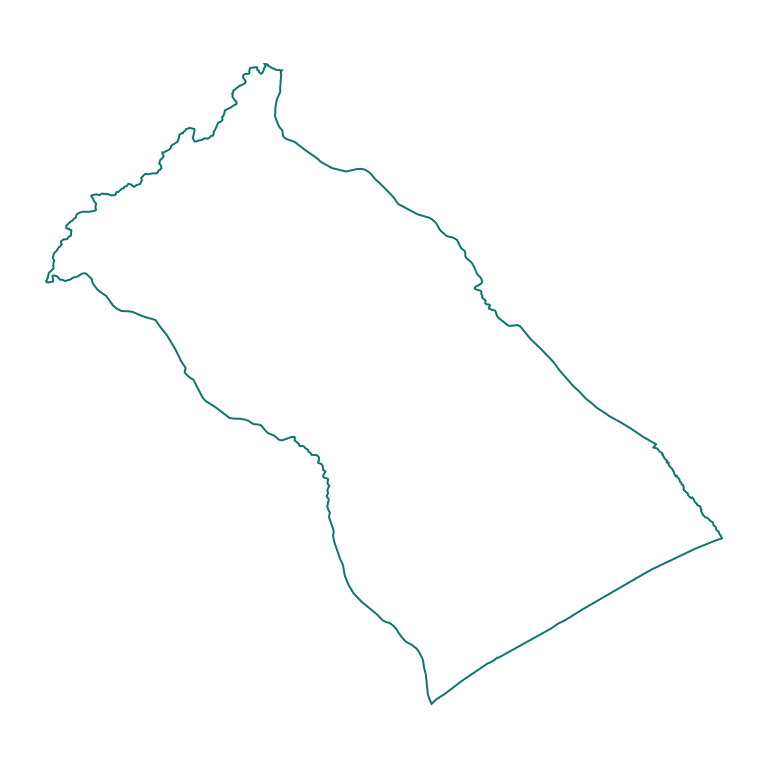 the district of Ashburton District, Canterbury, New Zealand
{"feature_id": "76426892B67490392619743", "entity_name": "Ashburton District", "entity_type": "district", "adm_level": 2, "iso_a3": "NZL", "parent_name": "New Zealand", "parent_adm1": "Canterbury", "projection": "orthographic", "projection_center": [171.372, -43.643], "detail": "fine", "context": "isolated", "style": "outline", "palette": "teal", "viewbox_px": 768, "rotation_deg": 0, "n_neighbors": 0, "source": "geoboundaries", "source_scale": "gbopen_adm2", "svg_char_len": 5998}
<svg xmlns="http://www.w3.org/2000/svg" viewBox="0 0 768 768"><path d="M53.7,261.9L53.3,265.1L53.5,267.7L53.2,268.9L48.6,273.1L48.5,275.3L47.8,276.7L47.8,277.8L46.7,280.4L46.1,281.0L46.7,282.0L47.9,282.5L53.0,281.5L53.3,280.4L52.5,276.0L53.2,275.4L56.2,275.9L58.0,277.2L60.1,279.7L61.6,279.6L65.2,281.0L70.7,279.4L73.0,277.7L77.7,276.4L82.1,273.6L84.7,273.3L86.1,273.7L91.6,278.8L92.9,283.6L97.1,289.1L99.5,291.4L106.5,296.2L113.0,305.5L116.8,308.7L121.5,311.0L129.7,311.4L132.5,311.9L142.8,316.3L155.3,319.9L161.3,328.3L167.0,335.3L175.3,349.3L180.1,358.7L180.4,360.0L185.4,367.7L185.6,368.8L184.6,371.7L185.0,372.8L187.3,375.5L191.1,378.5L193.3,379.5L202.7,397.8L206.1,401.3L215.3,407.1L229.5,417.9L233.6,418.6L240.9,418.8L245.3,419.7L248.3,420.8L253.5,424.1L259.2,424.6L261.1,425.4L265.4,430.6L268.0,433.1L274.0,435.5L279.0,439.7L281.9,440.4L291.6,437.0L294.4,436.9L294.9,437.7L294.6,440.1L295.6,441.3L298.8,443.7L299.1,445.3L299.7,446.0L303.1,446.1L304.7,447.2L305.3,448.3L307.7,449.6L308.5,451.5L310.4,452.8L311.6,454.9L316.5,455.1L318.2,456.3L318.8,457.2L319.1,459.3L319.1,460.1L318.1,461.8L318.3,462.8L321.5,464.1L322.7,466.1L323.2,470.0L325.5,471.5L323.3,475.2L323.1,476.1L323.6,477.4L327.7,478.7L328.2,479.4L327.4,483.1L327.8,484.0L329.3,485.5L327.4,490.1L328.1,493.3L327.3,494.5L326.8,496.7L328.6,498.9L328.5,501.5L327.9,502.4L327.9,504.2L327.2,506.0L328.3,509.8L329.8,512.6L329.1,516.3L329.2,517.9L333.5,529.9L333.7,532.3L333.0,535.4L334.2,541.7L340.0,558.6L343.0,565.1L344.8,575.7L348.6,585.0L353.5,593.2L361.3,601.5L377.1,614.5L382.8,620.5L386.5,622.2L389.5,622.9L393.3,625.7L396.7,629.4L398.0,631.9L401.7,637.1L405.8,641.7L411.4,644.6L416.6,648.6L418.6,651.3L422.3,658.3L423.3,661.9L424.1,667.8L425.8,674.5L427.8,693.8L428.8,697.5L431.6,703.9L437.0,698.7L439.0,697.9L439.5,697.2L444.6,694.1L461.3,681.3L487.7,663.4L489.0,663.1L494.1,660.2L497.3,657.6L498.2,657.7L500.3,656.7L550.9,628.6L558.5,623.4L565.2,620.2L582.5,609.4L642.4,574.7L652.0,569.3L695.2,548.7L715.0,540.7L721.9,538.4L720.6,535.4L719.3,533.9L719.1,532.3L716.4,529.9L716.0,528.0L715.2,526.6L713.4,525.0L713.1,522.9L712.7,522.2L710.7,521.2L707.8,518.2L704.7,516.9L704.1,515.9L702.8,515.0L702.6,513.6L701.9,512.9L701.0,510.9L701.5,509.7L700.8,508.9L700.3,506.5L697.3,505.0L697.0,504.1L694.9,502.0L693.2,498.5L692.2,497.4L691.3,498.1L689.8,497.1L688.0,495.1L687.7,493.3L685.8,492.1L685.2,490.9L684.3,490.7L683.6,489.0L683.9,487.7L683.2,486.6L683.3,485.3L681.8,484.5L681.1,482.5L680.0,481.7L679.4,479.3L677.6,477.3L676.8,475.8L675.9,476.5L675.6,476.2L674.2,473.6L673.9,472.1L671.9,468.6L668.8,465.3L668.6,463.3L668.3,463.6L666.6,462.1L667.4,461.1L664.5,458.5L663.8,456.6L662.5,455.1L662.3,454.7L662.8,454.3L662.2,453.0L659.7,451.7L657.2,448.5L653.4,447.5L656.1,444.3L642.9,436.7L631.0,428.6L621.1,422.6L609.0,416.0L605.9,413.6L596.8,407.8L590.7,402.3L586.4,399.2L579.6,391.9L573.2,386.0L559.5,370.3L553.5,362.1L540.5,348.5L530.8,339.3L520.2,326.3L517.8,325.1L510.3,325.9L507.9,325.4L498.7,318.0L497.1,316.0L495.3,310.9L493.8,310.1L491.6,309.9L490.1,308.8L488.9,308.6L488.8,307.7L490.1,305.4L489.2,304.6L486.7,304.3L485.2,303.4L485.5,300.6L482.2,297.6L482.0,297.1L482.5,296.0L481.2,294.0L481.5,292.4L481.1,291.2L480.3,290.6L475.4,289.2L474.7,288.6L474.8,287.7L475.5,286.8L479.8,284.5L481.6,283.1L482.2,281.8L481.7,279.8L480.3,277.2L478.2,275.3L476.7,273.2L474.1,266.9L471.6,262.5L466.1,257.8L465.3,256.1L465.3,252.6L464.6,251.0L460.9,247.8L457.0,239.9L453.3,237.7L446.7,236.0L440.9,231.0L439.4,229.1L436.3,223.2L431.7,219.1L428.9,217.6L417.7,214.4L398.4,204.1L397.1,202.7L394.7,198.7L391.3,194.9L379.8,183.2L375.1,179.0L370.8,173.7L366.9,170.7L364.4,169.5L360.6,168.8L356.8,169.1L346.1,171.5L332.1,168.1L320.7,161.8L317.5,158.6L305.1,150.0L294.8,142.0L286.2,138.9L283.8,137.1L283.0,135.3L282.2,130.2L279.8,127.5L278.0,124.4L274.8,115.5L275.2,113.6L275.4,107.5L276.8,99.4L280.3,91.9L280.1,88.3L280.7,81.7L280.5,81.1L280.8,80.2L280.9,76.6L281.3,74.7L280.7,73.4L281.0,72.8L280.9,71.4L281.9,70.3L276.0,69.9L274.8,68.9L272.4,68.3L269.6,66.4L268.5,66.2L267.9,65.5L267.9,64.8L266.7,64.2L264.6,64.1L265.4,65.5L265.4,66.4L263.9,68.5L263.8,69.7L262.4,72.8L261.2,73.8L259.0,72.0L258.9,70.7L257.5,70.1L257.1,69.3L257.3,68.0L256.8,67.2L250.2,67.9L249.3,70.7L249.4,72.8L248.9,73.7L245.1,74.0L243.9,74.6L243.2,75.7L243.0,77.5L244.5,79.3L245.7,81.7L245.1,83.3L241.1,85.5L240.4,85.3L235.7,88.7L235.3,89.6L234.0,90.0L233.4,90.7L233.4,91.7L232.9,92.0L232.8,93.0L232.2,93.6L232.6,94.6L232.5,96.9L235.2,100.9L236.4,101.4L236.5,104.0L232.8,105.9L231.3,107.2L224.9,110.4L224.3,113.6L223.6,114.7L223.6,115.7L222.1,117.1L222.5,119.2L222.2,120.4L220.7,121.8L218.2,122.6L215.0,130.0L213.6,131.9L213.6,134.3L212.9,135.7L211.2,135.8L209.7,137.5L207.8,138.6L204.2,138.4L201.4,140.1L198.5,140.5L196.8,141.4L194.5,141.4L192.7,138.0L194.2,132.4L194.5,130.1L194.3,129.0L189.6,127.9L186.0,129.3L185.1,130.7L183.1,132.2L182.9,133.2L181.7,133.2L179.3,134.9L179.0,138.2L178.3,139.0L178.1,140.7L176.8,142.3L172.5,144.9L171.1,146.2L171.0,147.5L170.5,148.4L168.5,150.0L163.6,152.4L162.4,152.4L162.5,153.6L163.6,156.3L163.1,157.4L160.2,160.1L159.2,163.6L160.7,165.0L161.5,168.1L160.3,169.6L158.8,170.4L157.1,173.3L152.0,173.4L149.2,174.2L147.4,174.2L146.5,173.7L144.7,174.3L141.1,178.1L141.8,179.8L141.7,180.9L140.0,184.1L136.6,185.0L134.0,186.9L131.1,184.5L128.4,183.8L126.6,186.2L124.1,186.9L123.7,188.2L121.8,188.7L118.3,192.0L116.5,192.1L115.3,194.9L114.5,195.2L111.1,195.4L107.6,194.0L106.3,194.3L105.7,193.8L103.5,193.9L102.3,193.5L100.6,194.2L99.5,195.3L96.1,194.3L91.3,195.6L91.5,196.8L93.1,198.4L93.4,200.2L96.2,203.8L95.4,207.2L96.0,209.9L94.4,210.9L88.9,211.8L83.3,211.7L79.5,212.6L76.7,214.4L75.7,217.7L74.1,218.5L72.2,220.8L70.9,221.3L66.6,225.4L66.2,226.1L66.3,228.2L67.5,228.8L69.1,228.7L69.6,229.7L71.3,230.1L70.9,235.6L68.8,236.7L67.3,238.9L65.9,239.4L63.8,239.3L60.9,241.5L60.9,242.8L61.8,244.2L59.9,246.7L58.8,247.3L56.4,251.1L55.0,252.1L53.6,254.0L53.5,255.8L52.8,257.5L54.3,260.9L53.7,261.9Z" fill="none" stroke="#0f766e" stroke-width="2"/></svg>